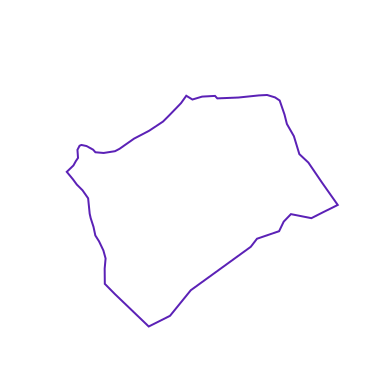 outline of Chibok, Borno, Nigeria, rotated 135°
{"feature_id": "59680162B32856652540007", "entity_name": "Chibok", "entity_type": "district", "adm_level": 2, "iso_a3": "NGA", "parent_name": "Nigeria", "parent_adm1": "Borno", "projection": "natural_earth1", "projection_center": [12.855, 10.837], "detail": "fine", "context": "isolated", "style": "outline", "palette": "violet", "viewbox_px": 384, "rotation_deg": 135, "n_neighbors": 0, "source": "geoboundaries", "source_scale": "gbopen_adm2", "svg_char_len": 918}
<svg xmlns="http://www.w3.org/2000/svg" viewBox="0 0 384 384"><g transform="rotate(135 192 192)"><path d="M92.4,226.0L107.9,240.3L107.8,243.7L117.4,252.3L126.3,257.1L128.0,264.1L136.9,262.6L153.8,262.3L157.4,262.3L162.7,262.3L173.0,264.4L178.9,265.6L186.3,267.9L195.2,270.7L212.8,273.8L217.6,275.3L226.9,282.1L232.2,288.4L232.0,291.9L234.1,299.1L236.1,302.2L237.0,303.5L238.8,304.2L243.2,302.8L248.5,296.7L252.2,296.0L257.1,294.6L266.3,294.8L267.2,285.2L268.2,278.7L268.2,270.7L269.9,261.0L279.7,249.0L282.1,245.2L286.3,237.0L291.1,229.6L292.6,222.9L296.0,213.3L300.1,206.1L307.9,199.6L318.6,188.7L318.7,174.2L317.7,127.5L295.1,120.0L262.3,123.4L189.2,111.7L179.1,113.0L158.1,102.7L148.1,106.2L137.7,106.4L126.1,89.1L113.6,85.0L98.1,79.8L93.4,106.9L88.9,130.5L89.3,142.9L80.5,159.4L76.8,173.0L71.8,181.4L65.3,194.7L66.4,200.2L70.3,207.5L76.4,213.0L92.4,226.0Z" fill="none" stroke="#5b21b6" stroke-width="2"/></g></svg>